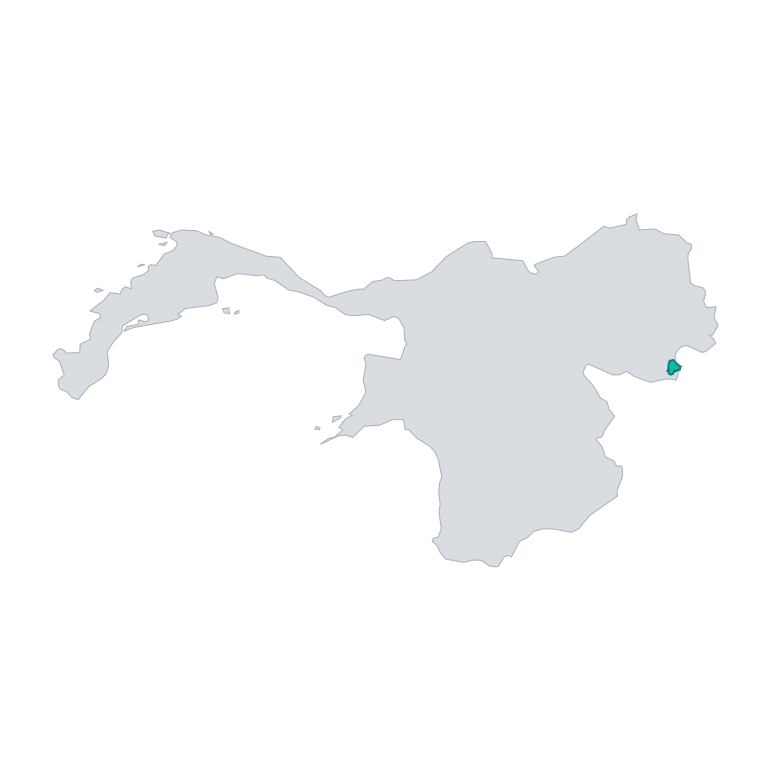 location of Thung Chang, Nan, Thailand, rotated 92°
{"feature_id": "78962969B15263035639364", "entity_name": "Thung Chang", "entity_type": "district", "adm_level": 2, "iso_a3": "THA", "parent_name": "Thailand", "parent_adm1": "Nan", "projection": "orthographic", "projection_center": [100.958, 19.488], "detail": "fine", "context": "in_parent", "style": "filled", "palette": "teal", "viewbox_px": 768, "rotation_deg": 92, "n_neighbors": 0, "source": "geoboundaries", "source_scale": "gbopen_adm2", "svg_char_len": 6533}
<svg xmlns="http://www.w3.org/2000/svg" viewBox="0 0 768 768"><g transform="rotate(92 384 384)"><path d="M323.4,57.1L324.1,60.3L327.5,56.0L331.7,54.0L340.3,63.4L341.3,67.4L335.0,82.5L336.0,87.5L339.9,91.7L344.7,94.1L349.8,93.5L359.3,89.1L369.7,91.9L369.1,101.9L373.0,117.8L367.8,134.0L362.7,142.0L366.6,149.1L366.9,155.6L356.8,180.9L358.8,182.8L365.3,185.6L368.0,184.7L378.6,174.8L390.4,167.0L394.1,160.5L401.5,158.2L408.1,152.4L423.6,162.5L427.6,163.3L429.6,165.0L430.4,169.3L432.3,169.9L438.6,164.1L449.0,160.2L453.1,151.4L458.0,148.8L457.5,144.5L459.0,142.9L467.6,142.3L480.7,146.7L485.3,147.6L487.5,146.5L508.5,174.2L522.2,184.6L525.6,191.9L522.8,210.7L523.4,221.4L526.5,229.6L532.3,235.2L536.6,243.2L552.4,250.6L551.1,252.7L552.2,257.7L562.0,263.3L562.9,265.3L562.0,272.9L557.6,278.8L556.7,283.5L556.9,289.3L559.5,298.1L556.8,316.3L551.0,321.6L543.5,325.4L539.5,330.4L536.3,329.3L534.8,324.3L526.4,321.7L510.3,324.6L502.3,323.6L491.5,325.5L481.0,325.0L474.8,323.0L457.2,327.2L449.9,330.9L444.6,336.2L436.8,349.6L428.7,357.8L428.8,361.2L418.9,363.3L419.4,374.7L425.3,386.9L427.0,402.4L438.4,413.3L436.3,420.9L437.7,428.4L446.5,445.5L440.2,437.4L438.9,431.8L431.3,423.4L429.0,427.6L420.2,421.2L416.5,414.9L415.2,417.7L406.5,408.8L397.7,404.0L392.7,401.8L380.4,405.0L364.8,402.6L358.7,404.9L356.2,403.4L354.7,400.7L359.1,368.4L345.6,364.4L343.3,362.3L340.3,364.7L327.1,366.0L317.5,371.9L316.3,376.8L320.6,385.7L315.0,401.7L316.8,416.8L316.0,425.0L309.2,435.5L307.5,443.9L299.9,456.7L294.8,472.9L293.5,482.3L284.4,496.6L282.3,504.7L279.0,507.7L280.3,514.2L278.7,533.9L284.3,548.2L282.8,554.8L289.0,557.2L303.8,552.8L308.7,554.0L311.8,561.8L315.5,585.2L321.8,592.4L323.3,588.8L326.2,592.5L328.5,599.5L336.3,636.2L340.4,645.7L335.6,643.3L333.0,631.8L328.6,631.3L330.2,624.0L327.4,621.4L323.0,623.4L323.1,629.2L334.9,647.4L342.2,648.0L351.5,656.0L361.6,661.9L374.4,659.8L383.2,661.7L388.4,666.6L396.8,678.9L410.4,689.1L408.3,695.5L403.0,700.7L400.2,707.5L396.4,709.5L391.4,709.6L385.9,703.9L372.4,709.2L369.4,714.5L365.9,715.9L360.0,710.0L360.5,706.7L364.2,701.8L363.2,689.2L355.1,689.1L349.8,679.6L348.0,678.7L344.1,680.1L331.3,675.6L327.6,669.7L323.8,670.2L321.2,680.3L309.9,666.7L302.2,661.0L303.3,650.9L298.0,648.7L295.8,645.8L297.8,639.8L290.5,640.7L287.1,639.0L282.9,628.0L279.3,623.6L274.5,623.5L273.0,621.4L273.4,616.0L261.7,608.2L257.9,599.4L252.3,595.4L248.8,596.6L245.2,602.7L242.5,602.3L240.1,600.5L237.1,591.7L237.4,576.4L241.2,567.5L243.3,553.2L248.9,541.2L260.4,506.1L261.0,492.2L280.4,472.6L293.3,449.9L297.5,446.6L299.4,442.4L292.7,424.0L289.8,411.2L290.3,407.9L282.1,399.2L280.2,389.2L278.0,386.1L277.3,382.8L280.4,377.0L278.8,355.2L270.0,340.1L254.2,325.9L240.2,305.1L238.4,297.8L238.0,287.5L249.5,280.8L254.1,280.4L256.0,249.5L265.9,243.8L267.9,241.3L269.0,236.1L266.7,233.1L260.3,238.1L259.1,236.9L251.4,218.7L249.8,207.6L218.8,169.9L220.3,163.7L216.0,147.5L211.3,147.2L208.3,144.2L205.1,137.0L211.1,138.0L221.1,134.1L219.7,118.5L224.0,109.6L224.8,94.7L232.4,86.1L233.5,81.8L237.6,81.2L243.0,84.6L248.6,84.7L271.9,81.2L275.0,77.3L276.5,69.1L278.8,66.5L284.0,65.9L290.0,67.6L296.3,64.4L295.3,54.8L306.3,56.6L313.6,52.1L323.4,57.1ZM245.8,606.8L244.1,618.2L239.5,620.5L238.0,613.8L240.8,603.2L242.1,605.7L245.8,606.8ZM319.3,540.8L318.5,546.3L314.4,548.1L313.4,541.9L319.3,540.8ZM419.2,426.2L424.1,434.1L418.4,433.5L417.3,425.8L419.2,426.2ZM300.7,676.7L298.1,673.3L300.3,668.2L302.4,674.5L300.7,676.7ZM253.4,608.2L252.3,614.4L250.1,605.9L253.4,608.2ZM319.5,535.8L317.3,535.2L315.4,531.5L318.1,531.6L319.5,535.8ZM273.1,627.1L275.7,634.5L272.7,631.0L273.1,627.1ZM432.0,447.0L431.3,451.7L428.8,449.8L430.3,446.3L432.0,447.0ZM240.6,562.5L237.9,564.2L240.2,559.9L240.6,562.5Z" fill="#d9dde1" stroke="#a8b0b8" stroke-width="1"/><path d="M359.6,88.7L359.4,88.7L359.1,88.5L358.9,88.5L358.7,88.5L358.3,88.4L358.2,88.4L357.9,88.6L357.7,88.4L357.3,88.5L357.2,88.6L357.0,88.4L356.8,88.4L356.6,88.2L356.4,88.1L356.2,88.0L356.1,87.9L356.1,88.0L356.1,88.3L355.9,88.3L355.9,88.5L355.9,88.8L355.7,89.1L355.7,89.3L355.5,89.5L355.4,89.6L355.2,89.8L355.1,90.0L355.0,90.3L354.8,90.4L354.6,90.4L354.7,90.5L354.8,90.6L354.7,90.8L354.5,91.0L354.3,91.0L354.2,91.0L354.0,91.4L353.9,91.5L353.8,91.8L353.7,91.8L353.5,92.1L353.3,92.1L353.3,92.4L353.1,92.5L352.9,92.9L352.9,93.0L352.5,93.2L352.4,93.3L352.2,93.5L351.9,93.6L351.7,93.8L351.6,94.0L351.4,94.3L351.1,94.5L350.9,94.7L350.6,94.9L350.4,95.0L350.2,95.0L349.9,95.2L349.8,95.5L349.8,95.8L349.7,95.9L349.7,96.0L349.8,96.1L349.9,96.3L350.1,96.6L349.9,96.7L349.9,96.8L350.0,96.9L350.1,97.1L350.3,97.2L350.3,97.5L350.3,97.9L350.2,98.0L350.4,98.3L350.8,98.3L351.0,98.4L351.0,98.5L351.0,98.8L351.3,99.0L351.4,99.3L351.5,99.5L351.4,99.6L351.5,99.6L351.8,99.7L352.1,99.8L352.3,99.7L352.3,99.8L352.5,100.0L353.1,100.2L353.3,100.3L353.5,100.3L353.8,100.4L354.0,100.4L354.4,100.3L354.6,100.4L354.8,100.5L355.0,100.6L355.2,100.4L355.3,100.4L355.5,100.4L355.8,100.3L356.0,100.3L356.3,100.4L356.6,100.4L356.7,100.5L357.0,100.5L357.3,100.6L357.6,100.6L357.8,100.3L357.8,100.2L358.0,100.2L358.1,100.3L358.3,100.6L358.5,100.7L358.9,100.5L359.1,100.4L359.3,100.3L359.4,100.2L359.5,100.0L359.7,99.9L359.7,99.7L359.8,99.6L359.9,99.4L360.0,99.5L360.0,99.8L359.8,100.2L359.8,100.4L359.8,100.5L360.0,100.7L360.2,100.8L360.3,100.8L360.4,101.0L360.5,101.1L360.6,101.3L360.8,101.5L361.0,101.4L361.1,101.5L361.2,101.4L361.2,101.2L361.3,101.2L361.5,101.0L361.6,100.9L361.6,101.0L361.7,100.8L361.8,100.8L361.8,100.7L362.0,100.7L362.3,100.5L362.3,100.4L362.3,100.5L362.3,100.4L362.4,100.2L362.5,100.0L362.8,99.9L363.1,99.8L363.2,99.6L363.3,99.6L363.6,99.5L363.8,99.5L363.9,99.4L364.1,99.5L364.2,99.3L364.2,99.2L364.3,99.0L364.4,98.7L364.5,98.4L364.7,98.2L364.8,97.7L364.8,97.4L364.7,97.2L364.4,97.0L364.4,96.9L364.4,96.7L364.2,96.6L364.3,96.4L364.2,96.3L364.2,96.2L364.1,95.8L364.1,95.7L363.8,95.5L363.7,95.6L363.4,95.5L363.3,95.4L363.2,95.3L363.0,95.2L362.8,95.2L362.7,95.1L362.4,95.1L362.4,94.9L362.3,94.7L362.2,94.5L362.1,94.4L362.1,94.5L361.9,94.5L361.7,94.6L361.4,94.7L361.2,94.6L361.3,94.4L361.2,94.3L361.2,94.2L360.9,94.1L360.8,93.9L360.7,93.9L360.8,93.8L360.7,93.7L360.8,93.7L360.7,93.4L360.8,93.3L360.9,93.2L361.0,93.2L361.1,93.3L361.1,93.2L361.3,93.1L361.2,93.2L361.3,93.2L361.2,93.0L361.1,92.8L361.1,92.7L360.8,92.6L360.9,92.3L360.8,92.2L360.9,91.8L360.9,91.7L360.5,91.4L360.3,91.3L360.0,91.1L359.9,90.8L359.4,90.7L359.3,90.8L359.1,90.7L359.1,90.4L359.1,90.2L359.1,89.9L359.2,89.7L359.4,89.6L359.5,89.5L359.6,89.4L359.5,89.2L359.7,88.9L359.6,88.7Z" fill="#14b8a6" stroke="#0f766e" stroke-width="1.5"/></g></svg>